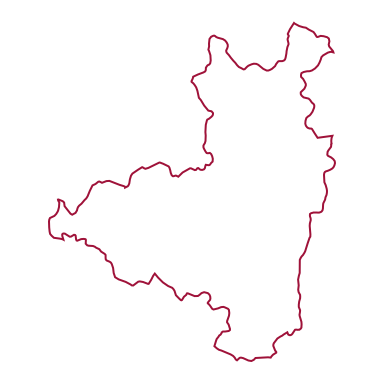 Phuc Hoa, Cao Bằng, Vietnam (Robinson projection)
{"feature_id": "81297802B46332855119377", "entity_name": "Phuc Hoa", "entity_type": "district", "adm_level": 2, "iso_a3": "VNM", "parent_name": "Vietnam", "parent_adm1": "Cao Bằng", "projection": "robinson", "projection_center": [106.527, 22.563], "detail": "fine", "context": "isolated", "style": "outline", "palette": "rose", "viewbox_px": 384, "rotation_deg": 0, "n_neighbors": 0, "source": "geoboundaries", "source_scale": "gbopen_adm2", "svg_char_len": 5931}
<svg xmlns="http://www.w3.org/2000/svg" viewBox="0 0 384 384"><path d="M294.0,23.0L290.0,29.2L287.8,33.8L287.9,34.5L288.7,35.6L288.7,36.1L287.7,38.6L287.6,39.7L288.5,43.3L288.5,44.4L287.4,47.1L286.6,51.1L286.4,53.4L285.6,57.7L285.0,59.5L283.8,60.6L282.3,61.1L279.6,61.1L278.4,61.3L277.8,61.9L276.1,64.1L275.1,66.1L271.9,68.9L270.0,69.9L268.4,70.5L266.6,70.5L263.3,68.9L258.3,64.8L256.4,63.9L253.9,63.7L251.6,64.3L248.4,65.7L246.9,66.9L244.7,69.2L243.5,69.4L241.2,68.1L238.9,67.0L237.1,65.2L235.3,62.8L233.3,60.7L230.8,57.7L229.0,55.2L226.7,52.7L226.3,51.7L226.2,50.5L227.3,48.1L227.8,46.3L227.7,44.6L226.7,42.5L225.1,40.5L222.9,39.1L217.7,37.7L216.2,37.0L215.2,36.1L214.1,35.6L212.9,35.9L211.1,36.8L209.5,39.0L209.0,43.7L209.1,46.4L208.4,49.7L209.0,50.9L210.4,55.2L210.7,60.5L210.2,63.3L209.3,64.5L207.6,65.3L206.8,66.3L205.9,67.7L205.8,70.0L205.2,71.4L203.5,72.4L197.9,74.5L193.2,76.7L193.2,77.0L192.6,78.9L191.5,81.2L191.6,81.9L193.4,83.4L194.8,85.2L196.2,87.4L197.4,90.8L198.9,97.8L200.8,100.0L204.2,105.6L208.3,110.6L211.5,111.3L212.4,112.3L213.0,113.1L213.0,114.1L212.6,115.5L211.3,116.9L208.9,118.8L207.3,119.6L206.9,120.4L205.8,124.8L205.4,132.1L205.7,135.5L205.5,141.0L204.8,143.3L203.9,144.6L203.4,145.8L203.5,147.6L204.2,149.1L205.5,151.5L206.6,153.0L207.3,153.2L208.3,153.2L209.8,152.9L211.2,154.1L212.2,156.3L212.8,158.8L212.6,161.6L211.2,162.9L210.0,164.6L209.3,165.1L208.5,165.2L205.8,164.8L205.5,165.5L204.8,168.3L204.0,169.3L202.4,169.9L201.1,169.9L199.8,169.4L198.4,168.1L197.4,168.2L196.0,169.9L194.8,170.1L190.9,168.3L190.0,168.3L182.6,172.5L178.3,176.7L176.3,175.7L175.5,175.6L173.6,176.2L172.8,176.2L171.7,175.2L170.8,173.0L170.2,170.2L169.4,167.6L168.6,166.4L163.0,163.7L159.8,162.5L159.0,162.7L148.4,167.9L145.4,168.8L144.2,168.3L142.4,167.2L142.1,167.2L138.1,169.7L132.4,173.6L131.0,175.7L129.9,179.4L129.3,183.4L128.4,185.5L127.7,186.3L125.1,187.6L125.1,187.1L124.8,186.6L123.7,186.1L119.7,184.9L109.4,180.9L106.4,181.1L102.0,182.8L100.5,182.0L99.2,181.5L98.2,181.8L95.5,184.0L92.5,185.4L89.8,190.9L87.6,196.3L86.2,198.5L84.6,200.0L81.5,203.7L79.1,205.7L77.9,207.3L77.3,209.0L77.0,210.4L75.5,212.9L72.2,214.7L70.5,213.7L64.6,206.2L64.1,202.5L62.7,201.2L58.5,199.5L58.0,199.6L58.2,200.6L59.3,202.5L59.0,207.1L58.1,210.6L57.6,211.7L56.2,214.0L54.4,215.9L50.0,218.0L49.3,219.5L49.0,221.4L49.2,227.5L49.6,231.5L50.1,233.9L51.6,235.7L53.9,237.8L59.8,238.6L62.4,239.2L63.4,239.7L62.3,236.0L62.2,234.6L62.6,233.8L63.5,233.5L64.8,233.6L69.7,236.7L71.0,236.6L74.0,234.8L75.1,235.0L75.6,235.6L76.1,239.5L76.6,240.5L77.3,240.7L81.2,239.1L83.8,238.9L85.5,239.2L85.9,239.9L85.7,243.7L87.2,245.3L88.5,245.7L93.0,246.0L94.8,246.7L96.1,247.7L99.3,249.2L101.1,251.6L104.7,253.9L105.6,255.0L105.6,258.0L105.8,259.5L106.7,260.5L109.6,261.7L110.9,262.6L111.8,264.1L113.1,268.0L113.7,273.0L115.1,277.2L118.7,279.4L125.7,281.9L130.6,284.5L131.8,285.4L133.2,285.5L138.2,281.7L139.8,281.4L143.1,282.0L148.1,283.9L148.7,283.8L151.2,279.8L153.2,275.8L154.8,273.6L158.1,277.6L162.9,282.4L168.1,286.0L172.2,287.8L173.5,289.2L174.5,290.8L175.9,295.2L179.3,298.7L180.8,300.1L181.4,300.3L182.0,300.0L184.0,296.7L186.2,294.9L186.9,293.4L187.1,293.3L188.0,293.4L194.6,296.1L197.9,296.0L199.5,294.9L201.5,293.1L204.1,292.2L207.8,293.1L209.4,294.6L210.2,296.4L210.4,298.4L210.1,299.8L207.8,302.6L207.8,303.4L208.4,303.8L209.8,305.3L212.2,308.8L213.5,309.5L218.0,308.4L221.2,307.1L223.5,306.9L224.7,307.3L228.0,308.8L228.9,309.9L229.3,313.0L229.0,315.7L227.1,321.1L227.1,322.4L228.6,324.5L230.0,329.0L229.9,330.1L228.7,331.0L225.3,331.5L223.0,331.5L221.7,332.4L221.5,333.2L220.5,334.7L219.2,335.5L218.6,336.6L216.7,339.0L216.1,340.6L214.4,346.2L216.9,348.4L219.0,349.8L221.3,350.5L230.6,354.4L233.1,355.9L234.7,357.6L235.8,359.5L237.0,360.3L239.6,357.9L240.9,357.6L243.1,358.1L248.4,360.5L251.4,361.0L253.8,359.8L255.5,358.0L268.1,357.3L270.7,357.6L271.3,356.6L273.0,354.7L276.2,352.7L276.3,352.1L275.9,351.4L275.2,350.7L273.3,345.9L273.4,344.3L273.9,343.1L277.4,338.5L280.3,336.6L282.3,335.6L283.5,334.6L287.3,332.3L288.2,334.5L289.3,335.1L290.6,335.1L291.5,334.7L292.3,333.9L295.0,329.8L296.0,329.6L297.5,329.8L299.4,329.7L300.8,328.6L301.4,327.6L301.6,324.2L301.4,321.8L299.7,316.1L299.5,314.8L300.0,311.9L300.1,310.2L298.8,307.0L298.8,304.6L299.2,301.5L300.1,298.4L300.2,296.7L300.1,294.9L298.6,292.1L298.2,289.7L298.7,285.4L298.1,279.6L298.9,275.7L299.7,273.0L299.8,259.9L300.6,258.1L301.5,256.6L303.0,255.0L304.5,252.6L305.2,251.2L307.7,243.2L309.5,237.9L310.3,236.7L310.4,234.3L309.7,225.9L309.9,223.3L310.7,220.3L310.7,219.4L310.6,218.2L310.0,216.5L309.9,215.3L310.0,214.0L311.1,213.2L313.7,212.5L319.1,212.6L320.9,212.0L321.7,211.4L322.5,210.3L322.9,208.6L323.1,204.7L323.3,203.3L325.1,199.6L325.5,197.3L326.5,195.0L326.9,192.9L327.0,190.9L326.7,188.8L325.7,185.2L324.4,182.3L324.0,174.8L324.3,173.0L324.9,172.0L325.8,171.4L328.0,170.7L330.3,169.7L332.3,168.5L333.5,167.2L334.4,165.4L335.0,163.1L334.7,161.1L333.3,159.2L331.1,157.4L328.1,155.9L327.3,154.8L327.6,151.8L328.4,150.4L331.0,146.9L331.2,145.5L331.2,144.8L331.1,144.2L331.6,143.7L331.3,142.1L331.3,140.3L331.6,137.8L332.4,135.8L317.6,137.8L314.4,132.9L312.0,129.0L311.4,128.6L309.6,128.5L308.1,128.0L307.1,127.3L305.9,125.7L305.3,123.7L305.5,120.9L306.3,118.1L307.8,116.6L309.7,115.4L310.7,114.3L312.5,111.7L314.1,107.7L314.3,106.1L314.2,105.1L313.6,104.0L311.9,102.6L310.0,99.9L308.6,98.6L303.6,97.4L301.8,95.8L300.9,94.5L300.7,93.1L300.8,92.2L304.4,88.7L305.8,85.6L305.8,84.0L304.7,81.7L303.1,78.9L301.1,76.9L301.0,75.5L301.1,74.3L301.5,73.1L303.7,72.0L306.9,71.3L309.6,71.2L311.9,70.5L315.0,68.5L318.0,65.4L319.5,62.6L320.8,59.4L321.4,57.2L323.1,55.4L327.9,52.6L329.9,52.0L331.2,51.8L333.4,52.4L333.2,51.7L332.9,51.0L329.2,46.5L328.7,44.6L329.4,41.3L328.8,38.5L327.1,37.2L323.6,36.2L320.6,35.9L318.0,36.9L317.1,37.0L316.5,36.5L315.0,34.0L313.5,32.0L308.8,29.6L305.9,27.7L303.0,27.2L299.1,26.0L294.5,23.5L294.0,23.0Z" fill="none" stroke="#9f1239" stroke-width="2"/></svg>